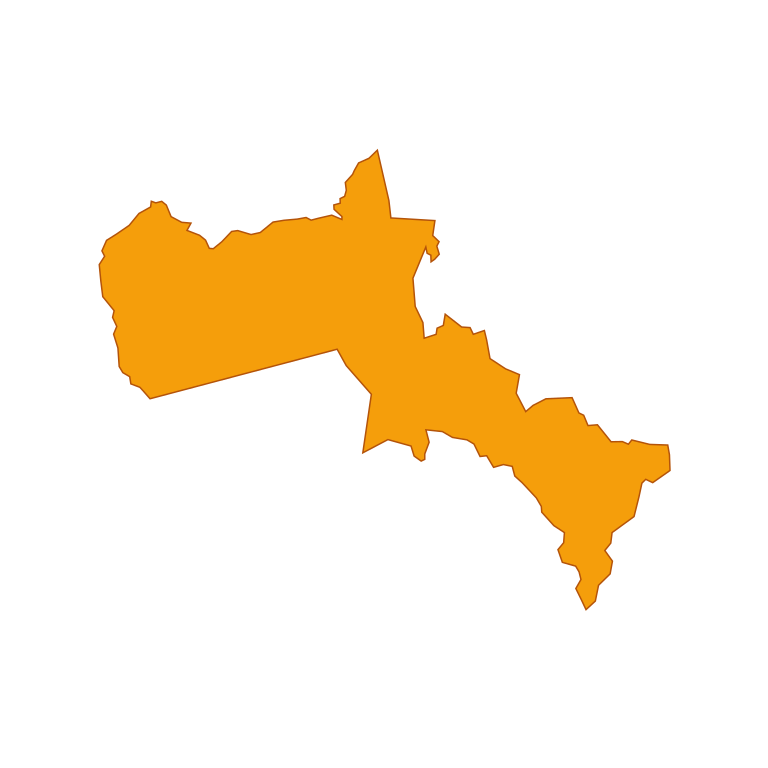 Karauzyak, Karakalpakstan, Uzbekistan, rotated 132°
{"feature_id": "79887680B51354655878923", "entity_name": "Karauzyak", "entity_type": "district", "adm_level": 2, "iso_a3": "UZB", "parent_name": "Uzbekistan", "parent_adm1": "Karakalpakstan", "projection": "equal_earth", "projection_center": [60.083, 42.694], "detail": "fine", "context": "isolated", "style": "filled", "palette": "amber", "viewbox_px": 768, "rotation_deg": 132, "n_neighbors": 0, "source": "geoboundaries", "source_scale": "gbopen_adm2", "svg_char_len": 2036}
<svg xmlns="http://www.w3.org/2000/svg" viewBox="0 0 768 768"><g transform="rotate(132 384 384)"><path d="M416.5,82.9L403.9,81.7L390.0,89.9L373.8,88.9L362.8,95.7L360.0,108.5L350.5,109.0L341.8,115.1L328.5,112.3L315.2,109.5L297.3,119.0L285.1,126.0L279.7,125.7L277.5,118.3L256.9,113.6L245.6,124.5L239.5,132.3L251.1,146.1L259.8,162.4L265.2,162.1L267.3,168.3L275.0,176.6L271.5,198.1L278.4,204.6L273.6,214.7L275.1,219.8L268.3,235.1L286.7,253.8L300.1,258.9L309.7,260.2L302.4,279.6L286.4,289.6L291.4,303.8L294.2,322.2L282.6,337.2L277.1,345.2L287.3,350.9L284.5,357.8L289.7,364.4L291.2,385.2L300.8,379.1L307.0,381.9L312.2,378.5L323.1,384.8L312.3,396.2L305.5,412.7L286.0,433.3L254.2,444.6L258.0,439.4L256.9,435.4L261.7,430.8L257.4,429.8L250.6,429.8L246.2,437.0L241.4,438.3L241.1,447.1L228.5,455.5L256.0,490.0L244.4,503.1L214.7,545.4L226.3,546.2L236.7,550.8L245.2,548.9L249.2,547.6L260.1,547.6L265.3,541.6L270.9,538.8L275.6,540.7L278.9,537.5L284.5,541.1L287.6,538.0L287.7,527.3L289.9,525.4L293.5,535.8L304.8,543.7L311.0,547.8L312.4,553.3L319.5,558.8L329.3,567.9L337.9,574.8L354.2,577.3L361.9,582.8L367.9,595.4L372.6,599.3L386.8,599.7L397.7,601.4L400.1,604.6L396.5,612.9L396.9,620.6L401.7,633.2L393.6,635.1L399.2,642.5L402.1,654.2L396.7,665.5L397.0,671.4L402.1,674.8L403.9,679.2L408.6,675.9L421.2,680.2L436.6,679.5L451.6,683.1L462.9,686.3L473.8,682.7L476.0,677.1L485.8,675.5L496.9,663.4L507.3,651.4L510.1,633.6L516.1,630.3L520.0,621.1L527.9,618.3L535.3,605.8L548.2,592.5L550.3,585.7L548.7,577.9L553.3,572.2L549.8,563.2L550.2,559.0L551.5,548.0L389.5,442.1L395.6,424.4L400.1,386.5L449.3,353.7L422.7,343.9L412.0,322.4L417.4,313.4L416.4,304.8L412.7,303.3L408.7,306.9L397.1,311.5L390.0,322.2L380.3,308.8L377.9,297.4L370.0,285.0L368.4,277.0L373.6,264.1L368.6,259.7L372.6,246.8L364.0,241.4L359.4,233.6L364.9,225.2L364.9,215.4L366.7,194.6L369.7,185.2L373.7,181.0L375.6,163.0L373.7,150.5L381.7,144.3L390.7,143.9L397.2,132.1L391.1,119.7L393.1,113.3L397.5,106.8L407.6,104.6L412.3,92.9L416.5,82.9Z" fill="#f59e0b" stroke="#b45309" stroke-width="1.5"/></g></svg>